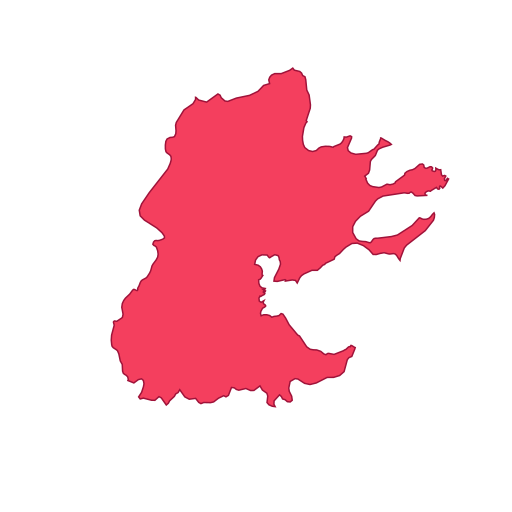 map outline of Kentriki Makedonia (Robinson projection), rotated 300°
{"feature_id": "GRC-2991", "entity_name": "Kentriki Makedonia", "entity_type": "Region", "adm_level": 1, "iso_a3": "GRC", "parent_name": "Greece", "parent_adm1": "", "projection": "robinson", "projection_center": [23.042, 40.656], "detail": "fine", "context": "isolated", "style": "filled", "palette": "rose", "viewbox_px": 512, "rotation_deg": 300, "n_neighbors": 0, "source": "natural_earth", "source_scale": "10m", "svg_char_len": 6128}
<svg xmlns="http://www.w3.org/2000/svg" viewBox="0 0 512 512"><g transform="rotate(300 256 256)"><path d="M244.0,130.9L257.6,131.9L287.2,136.1L293.4,135.4L296.8,134.5L298.4,133.6L299.8,132.4L300.5,130.6L300.8,127.3L301.3,125.9L303.4,124.0L306.8,122.0L310.2,120.6L312.9,120.5L315.7,122.3L317.1,124.4L318.6,125.7L321.8,125.4L324.5,124.1L329.0,121.0L331.8,120.2L346.5,120.6L356.4,125.3L361.4,125.4L363.2,124.3L363.3,124.7L362.4,128.4L364.6,136.3L377.3,142.0L377.3,144.5L375.7,146.7L374.7,151.6L375.8,154.3L382.9,160.0L391.9,170.1L399.6,175.4L407.5,177.3L412.1,181.6L414.9,179.0L417.7,178.5L420.4,179.0L423.3,181.0L426.5,186.6L433.6,192.3L437.1,193.9L436.1,196.3L437.7,201.6L437.2,204.0L435.6,206.2L435.7,208.8L433.6,210.9L425.1,217.0L422.0,221.5L414.1,227.6L411.1,229.1L398.3,231.8L397.9,232.9L397.8,233.1L396.0,232.7L391.1,233.3L382.8,236.4L379.5,238.5L376.4,241.1L374.3,244.0L373.6,248.8L374.8,252.8L377.5,255.5L380.9,256.5L383.1,257.9L385.7,261.2L387.8,265.1L388.7,268.4L389.7,268.7L394.9,272.8L396.8,273.5L399.2,273.7L401.5,273.5L403.2,272.8L404.1,274.8L407.1,277.4L407.2,279.1L405.9,279.8L395.6,281.0L393.3,283.2L392.7,286.7L393.9,291.5L400.2,300.3L401.6,301.6L406.4,303.8L407.3,304.7L413.0,305.9L414.5,306.5L416.3,305.8L420.3,305.2L420.6,305.0L420.8,305.5L420.7,310.1L420.9,313.2L420.7,315.7L420.3,317.4L419.1,316.6L413.6,311.4L410.5,309.1L408.4,308.3L402.7,309.1L397.2,307.7L395.0,307.8L387.3,311.4L383.9,312.0L379.5,310.2L379.1,311.2L378.1,312.8L377.5,312.7L374.9,316.2L374.0,319.3L374.4,322.3L376.7,328.1L377.5,329.1L378.6,330.3L383.7,333.5L384.7,336.4L386.9,338.8L389.0,340.0L390.0,339.7L400.3,344.2L402.1,343.6L404.6,344.5L407.1,346.3L409.0,348.4L411.2,349.9L417.2,351.9L418.9,354.1L418.7,355.7L416.8,357.4L416.8,359.2L417.7,360.3L420.4,362.1L421.0,363.5L420.5,365.0L419.4,365.3L418.4,365.3L417.9,366.0L418.3,368.1L419.2,368.9L420.6,368.7L422.0,367.8L422.0,369.7L422.1,370.9L422.4,371.9L423.1,372.8L419.1,376.0L418.5,377.6L420.1,379.1L420.1,380.4L417.2,380.5L415.8,381.6L416.2,382.8L419.0,382.9L419.0,384.3L411.3,384.5L408.2,383.8L408.7,381.7L408.7,380.4L407.6,380.4L406.4,381.3L405.3,381.1L404.9,379.8L405.6,377.9L400.3,375.0L399.3,374.7L398.6,372.7L396.9,371.4L394.9,370.9L393.8,371.8L393.7,372.6L394.2,374.1L388.6,365.5L387.9,363.5L388.9,360.5L389.1,358.6L388.5,357.8L386.9,357.2L386.0,355.8L385.4,354.1L384.8,352.7L371.4,336.0L366.3,332.8L363.4,332.0L351.1,331.1L342.6,326.5L335.8,324.8L329.7,325.1L324.7,328.0L321.0,334.1L320.6,337.7L321.8,340.8L323.3,343.8L324.1,347.2L324.6,348.3L325.7,348.8L328.8,349.1L330.1,349.5L331.0,350.4L332.4,352.7L340.5,363.5L344.9,368.0L360.5,376.0L370.7,378.3L371.1,379.4L371.1,381.1L371.6,382.9L373.0,385.1L374.8,386.7L377.2,387.6L380.3,388.0L382.4,388.6L381.3,389.9L378.5,391.2L375.7,391.8L362.6,389.9L340.7,381.0L337.1,380.4L325.9,382.2L324.2,382.9L325.0,380.9L326.9,377.4L327.3,375.3L326.8,373.8L324.6,370.9L324.1,369.8L322.9,365.3L320.3,362.2L317.5,359.5L315.9,356.7L317.9,350.8L318.7,343.8L317.8,337.3L314.8,332.8L308.8,329.5L305.5,328.4L299.9,327.1L297.3,325.7L294.9,324.7L292.3,325.3L284.5,319.9L283.0,319.7L281.4,318.4L277.9,317.6L274.3,316.3L271.6,311.6L264.5,306.5L261.7,305.2L259.1,304.8L253.2,305.2L254.6,302.4L253.4,299.4L249.0,294.0L249.4,293.9L249.8,293.9L250.1,293.7L250.0,292.9L244.6,287.1L243.2,284.1L246.5,282.8L256.1,282.3L261.2,281.3L263.4,279.7L264.4,278.1L266.2,276.7L267.4,274.9L266.5,271.6L262.8,269.4L261.9,269.1L261.2,268.5L261.5,267.3L262.4,265.2L260.0,260.6L256.5,258.1L252.4,257.6L248.1,259.0L249.1,262.5L248.8,265.2L247.6,267.4L246.0,269.1L243.6,270.2L242.2,271.2L242.4,271.6L239.3,271.5L238.0,271.2L236.7,270.2L233.8,272.1L231.9,274.4L231.4,277.1L232.5,280.3L231.6,280.3L230.5,279.1L230.5,281.7L229.5,281.7L229.5,280.3L228.4,280.3L227.8,282.5L226.6,282.3L225.0,281.2L223.3,280.3L223.3,279.5L221.0,279.6L218.6,281.4L218.4,283.6L221.3,285.2L219.9,285.3L218.9,285.8L218.4,286.7L218.2,288.5L217.6,289.4L216.2,289.1L214.0,287.8L210.4,287.9L208.5,288.6L206.8,290.3L209.0,292.1L210.5,294.7L211.3,297.6L210.9,300.3L212.7,301.8L214.2,303.9L215.9,305.7L218.7,306.5L219.1,308.4L217.1,312.6L213.0,319.1L208.4,331.6L208.5,333.7L202.7,345.3L202.3,349.5L203.4,352.5L205.0,355.6L205.8,359.7L205.1,363.9L205.5,365.9L207.3,366.7L208.0,367.6L209.8,372.8L217.7,379.1L219.1,379.8L219.9,380.5L223.5,381.6L224.3,382.3L224.6,383.0L226.0,382.9L226.3,383.6L226.2,387.0L226.3,387.7L224.7,388.1L216.9,389.2L214.5,387.3L211.9,386.9L199.9,390.1L194.3,388.2L189.7,383.9L186.4,378.3L176.2,371.7L171.7,367.0L170.0,361.7L170.4,353.8L169.3,351.1L164.4,348.3L158.0,350.4L155.4,352.5L152.4,357.0L149.2,359.5L146.7,358.6L145.5,356.0L146.1,353.1L145.5,350.5L147.0,348.2L147.5,345.8L139.6,344.1L136.6,345.6L135.1,347.9L134.0,345.2L133.6,341.6L134.6,338.8L140.6,336.2L142.6,334.0L143.1,328.6L145.5,324.4L138.5,321.4L136.8,318.6L136.2,313.5L131.2,308.2L130.6,305.6L131.0,303.2L129.9,300.5L121.5,301.8L119.0,300.4L118.9,297.9L114.1,294.6L108.5,292.3L106.3,290.0L103.0,284.0L100.6,282.1L100.6,279.6L102.5,274.9L98.6,269.8L98.4,264.8L102.1,256.8L98.8,256.8L96.4,255.4L93.6,255.5L87.4,253.6L84.7,253.7L82.1,252.8L85.8,244.9L85.7,242.3L80.5,240.6L78.9,237.8L76.6,229.5L74.3,227.2L75.3,224.8L80.7,225.1L86.4,223.9L89.3,222.9L91.9,220.7L92.4,218.3L90.1,215.9L85.0,213.7L84.1,207.3L85.3,207.1L87.2,205.3L87.8,203.2L87.8,201.2L88.1,199.7L89.6,198.0L95.2,194.4L97.3,190.9L102.6,186.2L104.7,183.4L105.0,182.0L105.2,178.3L105.8,176.6L107.0,175.4L110.8,172.7L115.3,170.5L124.9,167.9L125.6,167.4L127.2,165.8L127.8,165.5L128.9,165.8L129.3,166.7L129.6,167.6L129.9,168.1L134.9,170.6L136.0,171.0L139.1,170.0L144.5,165.4L148.0,164.0L151.3,163.7L154.2,164.0L159.9,165.7L164.4,166.2L165.8,166.6L166.2,167.3L166.4,169.7L166.7,170.4L167.6,170.5L168.9,169.7L171.7,169.6L175.5,169.0L177.4,169.1L178.7,169.7L181.9,171.7L183.6,172.2L188.0,172.4L190.4,172.2L192.5,171.7L195.4,170.9L197.7,170.9L202.6,171.5L205.9,171.4L208.7,170.3L211.3,168.3L213.9,165.3L214.2,163.8L214.1,162.2L214.6,160.8L216.9,160.3L218.6,160.7L219.5,161.7L220.1,163.1L221.3,164.6L223.9,166.8L225.9,167.7L227.5,166.6L229.2,162.9L230.7,155.9L231.3,141.4L232.9,135.6L237.3,132.0L244.0,130.9Z" fill="#f43f5e" stroke="#9f1239" stroke-width="1.5"/></g></svg>